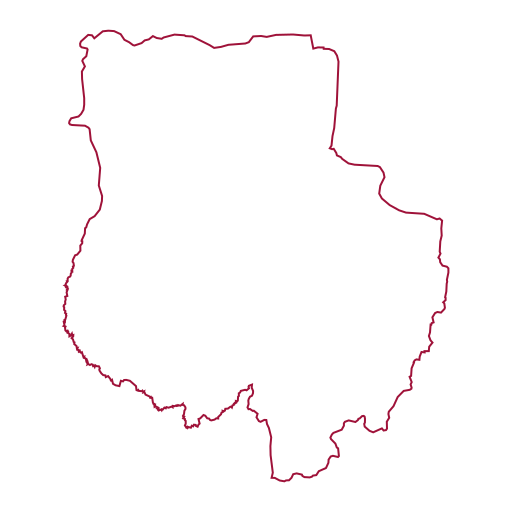 outline of Khiri Mat, Sukhothai, Thailand
{"feature_id": "78962969B829046276221", "entity_name": "Khiri Mat", "entity_type": "district", "adm_level": 2, "iso_a3": "THA", "parent_name": "Thailand", "parent_adm1": "Sukhothai", "projection": "natural_earth1", "projection_center": [99.689, 16.826], "detail": "fine", "context": "isolated", "style": "outline", "palette": "rose", "viewbox_px": 512, "rotation_deg": 0, "n_neighbors": 0, "source": "geoboundaries", "source_scale": "gbopen_adm2", "svg_char_len": 5917}
<svg xmlns="http://www.w3.org/2000/svg" viewBox="0 0 512 512"><path d="M64.3,320.1L64.4,320.8L65.0,320.7L64.9,322.3L63.8,322.1L64.5,325.3L63.7,326.0L65.5,326.6L65.0,327.7L65.4,330.4L66.1,331.1L67.6,330.6L68.2,331.7L67.4,332.7L69.4,333.8L69.4,336.3L70.9,335.5L71.9,333.7L72.3,335.5L73.3,335.1L73.2,336.4L71.6,338.1L73.0,339.4L73.7,342.0L74.5,342.4L74.2,344.0L76.5,346.0L76.8,347.9L77.6,347.8L77.0,349.0L77.2,349.8L78.6,349.9L78.8,351.5L79.8,350.8L80.1,352.1L81.0,352.7L81.9,352.2L83.4,356.9L84.3,356.6L84.0,357.9L85.3,358.2L85.8,359.2L86.5,359.0L87.2,360.6L86.2,360.7L86.4,361.8L86.9,362.6L87.6,362.1L88.0,363.2L87.6,364.3L88.2,364.0L89.9,365.0L91.5,364.2L92.8,364.7L93.1,366.1L94.1,365.7L94.7,366.9L95.3,365.3L96.6,366.2L98.9,366.3L99.9,368.3L99.3,369.3L99.5,370.6L101.3,373.3L103.2,375.1L105.4,375.4L105.8,377.1L108.1,376.1L110.4,379.0L110.9,380.6L111.5,380.8L112.1,380.1L113.0,383.8L115.6,385.3L119.4,386.1L120.9,380.8L123.0,381.4L124.1,380.0L126.3,379.9L129.9,380.8L136.0,386.1L136.5,390.1L137.8,390.6L138.3,390.0L138.9,390.9L141.9,391.2L142.4,390.7L143.0,391.8L143.9,391.4L143.5,392.4L144.4,392.1L145.5,394.6L150.0,396.7L150.1,397.4L150.9,397.0L151.1,397.9L152.2,397.8L152.9,402.5L153.5,403.9L154.2,403.9L154.5,406.3L155.1,405.6L155.1,406.8L156.2,406.6L157.9,407.5L157.2,408.3L158.5,408.5L157.9,409.7L158.6,410.5L161.1,409.5L161.6,410.2L161.9,409.3L162.7,409.6L164.4,407.6L165.8,408.3L166.4,407.1L168.6,407.7L171.6,406.6L172.7,407.3L172.8,405.9L174.7,406.2L176.2,405.4L176.7,406.0L178.0,405.7L178.1,405.1L180.4,405.7L182.7,403.9L182.6,404.9L184.1,405.3L185.4,407.3L185.5,408.9L184.4,410.7L184.0,414.1L183.1,415.7L184.1,416.4L183.3,417.0L183.9,417.7L183.3,418.4L184.9,419.0L184.9,420.2L185.7,420.9L185.7,423.8L184.9,425.4L186.3,427.6L187.1,426.8L187.7,427.9L188.4,427.0L190.9,427.7L191.8,425.7L193.2,426.3L193.9,424.7L195.7,424.9L195.9,425.9L197.6,426.7L198.5,424.6L199.6,423.6L198.5,419.0L200.2,418.4L203.5,415.0L205.3,415.7L207.2,418.3L209.1,418.6L210.1,420.0L211.3,420.4L214.6,419.6L216.3,418.3L218.2,418.5L218.2,417.0L221.0,414.3L221.5,412.6L223.0,411.9L222.7,410.8L224.1,411.1L224.9,410.6L225.3,408.8L227.9,408.6L230.3,406.8L231.1,406.6L231.9,407.5L232.5,405.4L234.0,404.7L233.8,403.9L235.0,402.7L235.4,403.2L236.3,402.6L236.0,401.0L237.2,401.3L237.8,400.6L238.1,396.6L238.9,395.9L238.8,393.3L240.1,392.5L240.8,390.9L245.1,389.8L246.6,390.3L249.0,388.3L248.5,386.9L248.9,385.8L252.0,384.6L251.7,387.7L253.1,391.0L253.0,393.2L252.0,395.7L250.0,396.7L248.8,398.8L248.3,400.6L248.6,404.1L247.5,407.4L248.5,409.2L250.0,409.0L252.7,410.9L253.8,410.7L257.6,413.8L256.5,417.3L258.9,421.1L260.6,421.8L264.3,419.9L266.3,420.0L267.0,424.0L268.9,428.0L271.2,437.3L270.4,446.1L270.6,455.2L272.8,472.7L271.6,477.8L274.8,477.9L279.7,480.5L284.4,481.3L286.1,480.4L289.0,480.3L291.5,477.8L293.2,474.2L296.6,473.4L301.9,474.6L302.4,475.9L304.4,477.1L309.7,477.4L311.9,476.7L312.9,475.6L316.3,475.1L318.8,471.2L326.0,468.0L328.4,462.8L328.6,459.6L330.7,456.5L332.9,455.8L338.0,457.0L338.9,456.0L338.1,448.3L336.8,447.5L335.4,443.6L331.0,439.1L330.4,437.6L331.9,434.5L333.4,432.9L341.7,429.7L343.9,425.7L343.9,423.3L344.9,421.8L348.7,420.4L355.4,422.0L357.9,420.1L358.4,418.8L359.6,418.5L362.1,416.1L363.7,415.9L364.6,416.6L365.0,418.8L364.9,422.6L364.2,423.9L364.7,426.6L369.5,430.8L373.2,432.3L381.9,428.4L383.6,430.5L386.0,430.1L387.0,428.6L386.8,421.7L389.2,417.8L388.4,414.0L388.8,411.7L393.5,406.2L397.7,397.0L403.7,390.9L409.8,389.8L411.4,388.7L411.6,387.6L410.6,384.5L411.7,382.1L409.6,376.8L411.1,375.9L411.6,368.3L414.0,362.6L413.6,362.2L414.7,360.4L416.4,359.4L419.4,359.8L419.7,356.6L421.5,352.0L424.6,352.4L424.5,351.1L428.8,351.1L429.2,346.7L432.5,342.6L430.5,340.3L428.9,336.0L430.0,332.5L430.6,324.6L431.3,324.7L431.7,323.1L433.6,322.4L432.4,317.3L435.1,313.0L437.4,312.0L441.0,312.6L444.5,308.9L444.9,307.7L444.3,303.4L443.2,302.3L445.6,300.1L445.6,297.8L445.1,297.3L446.3,291.6L446.7,283.6L447.2,281.7L446.9,279.8L448.4,272.6L448.4,268.3L446.9,266.7L442.5,265.6L440.2,262.2L439.9,259.3L438.4,257.6L440.5,253.6L439.7,251.7L440.3,241.4L441.7,235.6L441.3,228.4L442.1,220.6L439.6,218.5L436.9,219.3L424.2,213.8L406.0,212.6L399.1,210.3L389.7,205.1L381.9,198.5L379.2,193.6L380.3,185.7L384.5,177.2L383.5,172.6L379.9,167.1L377.7,166.0L354.6,164.7L348.5,163.4L342.2,158.9L340.8,157.1L336.9,155.4L336.3,153.0L333.7,148.8L332.1,149.2L329.8,148.3L331.5,145.6L332.5,136.1L334.2,128.1L335.9,108.5L336.7,105.7L338.5,61.6L337.0,55.6L334.3,51.2L329.1,49.0L323.7,48.8L323.6,47.5L317.9,47.4L313.3,48.6L310.7,35.3L304.4,35.5L292.9,34.5L276.0,34.9L266.7,36.9L261.1,36.0L253.2,36.4L248.8,42.2L245.3,43.5L228.4,44.8L221.0,46.9L214.1,47.9L209.6,45.1L192.3,36.5L185.7,36.1L184.5,35.3L174.5,34.6L163.6,37.5L161.7,38.8L156.7,38.0L152.9,36.1L148.8,39.4L144.7,40.4L141.6,43.1L134.5,45.5L133.0,45.1L129.1,42.2L124.4,39.8L120.7,34.2L114.1,31.1L108.4,30.7L102.8,31.3L94.3,38.3L92.0,35.3L88.2,34.9L80.9,41.5L80.1,43.7L80.3,46.0L81.6,47.3L87.0,48.5L87.6,49.5L86.3,56.2L83.0,59.2L82.3,60.9L84.9,66.4L81.9,71.5L82.1,79.1L84.2,98.2L84.2,104.7L83.5,109.8L81.1,113.9L78.5,116.5L71.2,118.3L69.5,121.1L69.1,123.1L70.0,124.4L72.0,125.0L85.0,125.7L88.5,127.7L89.6,129.2L90.8,140.4L96.4,152.3L100.2,167.9L98.8,185.5L102.1,196.0L101.9,201.0L99.8,209.6L94.6,216.2L89.7,219.1L87.1,224.3L86.2,227.4L85.1,228.2L84.8,233.6L81.6,240.4L81.6,241.1L82.3,241.3L82.2,243.3L80.3,245.6L80.4,250.7L77.2,254.6L75.1,255.3L72.9,259.8L72.6,261.8L73.5,263.0L73.9,265.8L72.9,266.5L73.3,267.8L72.2,269.0L72.3,271.3L71.5,271.0L71.6,272.6L70.8,273.7L70.7,275.4L70.2,276.5L68.3,277.4L67.6,278.7L67.7,281.0L66.9,281.2L67.2,281.9L65.9,283.4L65.7,284.9L65.0,285.3L66.2,285.7L65.6,286.6L66.0,287.3L67.4,287.0L67.6,288.2L67.0,289.4L67.7,289.4L66.6,292.3L67.3,296.0L65.2,296.7L65.7,299.4L65.1,301.6L65.3,303.9L63.8,305.3L63.6,306.6L64.2,307.2L64.1,309.9L65.4,311.1L65.0,312.9L66.2,313.7L65.9,314.9L66.4,315.6L65.3,319.5L64.3,320.1Z" fill="none" stroke="#9f1239" stroke-width="2"/></svg>